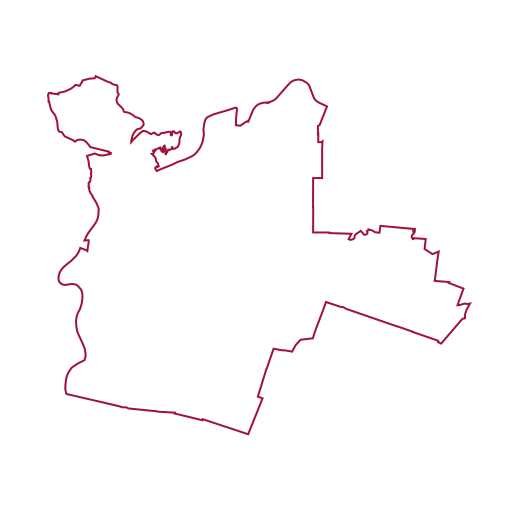 Stancuta, Braila, Romania, rotated 183°
{"feature_id": "2599482B41841434061539", "entity_name": "Stancuta", "entity_type": "district", "adm_level": 2, "iso_a3": "ROU", "parent_name": "Romania", "parent_adm1": "Braila", "projection": "natural_earth1", "projection_center": [27.868, 44.908], "detail": "fine", "context": "isolated", "style": "outline", "palette": "rose", "viewbox_px": 512, "rotation_deg": 183, "n_neighbors": 0, "source": "geoboundaries", "source_scale": "gbopen_adm2", "svg_char_len": 6107}
<svg xmlns="http://www.w3.org/2000/svg" viewBox="0 0 512 512"><g transform="rotate(183 256 256)"><path d="M425.5,427.2L426.1,425.5L426.7,425.0L431.4,424.4L438.3,422.3L438.5,421.9L438.4,421.6L441.0,416.7L445.2,417.5L446.8,415.6L449.3,413.6L455.1,410.4L461.8,408.5L461.8,407.1L469.3,407.7L469.2,408.0L471.0,408.0L471.6,407.7L472.2,405.2L471.8,404.4L471.4,402.3L471.2,399.1L470.6,399.1L468.9,393.0L467.6,390.3L463.8,385.8L461.5,379.6L460.8,374.2L460.0,371.1L459.0,370.0L456.3,369.4L453.3,365.5L444.7,362.0L442.8,360.7L441.1,362.2L440.1,362.6L438.1,363.0L434.8,362.9L433.3,362.2L431.1,360.6L428.4,357.7L427.2,356.1L408.4,352.5L408.4,351.7L406.3,351.2L406.4,350.3L413.9,348.4L415.3,348.3L416.9,348.6L417.9,348.4L422.3,349.9L430.0,347.1L428.1,341.6L427.5,337.5L426.7,334.9L426.2,334.4L425.4,334.3L424.8,330.5L425.1,330.1L425.2,329.8L424.8,327.9L424.8,325.8L425.5,325.5L425.6,325.2L425.3,322.7L425.8,321.1L426.6,320.9L426.9,320.4L426.9,320.1L426.7,320.2L426.9,316.9L426.5,316.5L426.1,315.5L426.5,315.3L426.2,314.8L425.9,312.9L424.7,310.4L422.4,307.5L422.4,306.8L418.3,300.9L416.1,296.4L415.5,294.6L415.5,293.2L415.6,288.5L416.1,285.3L416.5,283.8L418.1,280.3L424.7,270.2L426.4,266.9L428.1,262.5L424.0,263.0L423.8,261.6L424.7,252.1L426.4,253.1L431.9,254.9L432.3,253.5L433.6,250.1L435.6,246.7L440.1,241.7L444.6,237.7L448.0,234.4L449.9,231.8L451.4,228.7L452.1,225.0L451.9,222.0L451.4,220.4L450.5,219.2L449.0,218.0L447.4,217.4L445.4,217.1L441.7,217.7L438.9,218.5L436.3,218.3L433.9,217.9L431.9,216.4L429.0,213.4L427.9,211.0L427.4,208.8L427.1,205.0L427.5,199.7L428.8,194.4L429.2,193.3L430.6,190.5L431.4,188.3L432.0,185.6L432.3,181.2L432.1,179.5L431.6,175.7L430.7,171.8L429.4,168.8L424.6,159.7L422.3,154.8L421.2,150.2L421.0,148.6L421.0,146.5L421.7,143.2L422.0,142.9L428.8,139.0L433.5,135.4L434.6,134.3L437.0,130.2L438.1,127.8L438.6,125.7L439.1,123.8L439.4,120.2L439.6,116.3L439.4,112.6L438.1,108.3L383.7,98.6L382.1,97.9L377.5,98.1L375.7,97.1L346.6,95.7L345.8,95.4L328.7,95.3L328.9,94.4L300.9,89.2L300.6,90.2L254.5,77.6L242.0,114.2L246.8,115.6L239.7,143.7L239.4,144.1L233.6,164.3L223.8,163.1L223.2,163.4L214.9,162.4L211.8,169.0L207.1,174.7L194.8,176.8L194.1,180.3L192.6,185.5L186.6,204.1L183.7,213.7L168.0,209.4L167.2,209.6L166.2,209.5L163.1,207.9L111.2,193.0L110.0,192.8L105.1,191.4L95.6,188.6L95.7,188.4L69.9,181.0L69.6,180.8L69.3,180.2L69.6,179.5L66.5,178.2L46.8,203.8L46.2,204.3L44.9,204.4L44.1,204.7L44.1,209.1L43.0,213.1L39.8,219.7L42.2,219.1L45.2,219.4L50.3,217.6L52.2,217.4L47.1,234.3L62.2,239.2L61.8,240.1L76.2,240.5L74.7,261.0L73.8,270.0L79.8,267.1L88.0,271.8L87.4,281.8L92.2,282.0L99.6,282.0L99.7,281.1L100.4,281.1L100.7,281.8L101.4,282.8L101.4,284.6L100.5,285.9L99.6,286.7L99.5,287.2L100.2,288.3L100.3,289.1L99.8,289.0L99.2,288.3L98.8,288.4L98.7,291.2L133.3,292.6L133.9,285.7L134.1,285.6L138.3,286.0L139.1,286.3L140.7,287.4L144.8,288.4L144.6,287.7L146.0,287.2L146.6,286.8L146.3,286.4L145.9,284.9L146.0,284.4L146.2,283.9L147.8,283.0L148.7,282.8L149.7,283.4L152.1,286.1L152.9,286.6L153.3,286.1L157.5,283.0L158.2,282.1L158.6,280.7L158.7,279.1L159.8,277.9L162.5,277.0L164.4,277.7L161.8,283.2L183.9,282.7L184.0,283.3L200.2,282.5L201.4,307.8L201.6,307.8L203.0,336.8L194.0,337.3L195.6,367.3L195.6,373.9L196.4,373.1L199.8,373.0L200.2,381.5L200.6,381.2L200.9,389.1L199.3,390.2L192.9,409.1L201.0,412.4L203.2,413.6L204.5,414.6L206.3,416.6L211.7,428.8L213.1,430.6L215.1,432.0L218.1,433.6L219.4,434.0L222.1,434.4L223.8,434.3L226.2,433.7L227.8,433.1L230.3,431.5L232.8,428.7L244.4,414.0L246.0,412.7L248.6,411.2L251.3,410.2L251.3,409.7L252.8,409.3L253.6,409.6L253.4,409.9L257.4,409.3L261.2,407.8L262.9,406.5L264.3,405.2L266.5,401.8L270.5,390.5L270.8,390.6L271.1,389.6L272.2,389.9L272.9,389.6L278.5,385.3L282.9,385.6L283.1,392.2L282.7,402.3L283.4,403.0L284.5,403.0L292.2,400.0L305.7,395.3L311.4,392.3L312.4,391.5L313.2,390.3L313.9,388.9L314.3,387.1L314.7,384.6L315.1,379.3L314.4,374.1L315.3,367.3L316.5,363.7L317.1,362.3L318.0,360.4L320.8,356.3L322.7,354.2L324.5,352.7L331.6,348.8L339.4,345.7L344.6,342.8L353.1,338.9L359.6,335.7L361.3,338.2L361.0,339.3L358.9,340.8L358.5,341.3L358.4,341.7L358.3,341.0L359.3,340.3L359.0,339.8L357.8,340.5L358.2,341.1L358.6,342.9L358.9,343.5L360.6,345.3L360.9,346.9L361.9,349.4L365.4,352.5L363.9,352.9L363.5,353.1L363.5,354.4L364.2,355.1L364.3,355.7L362.8,355.7L362.3,355.6L362.0,356.2L362.8,356.4L362.9,356.8L362.8,357.0L361.0,357.4L357.4,359.4L357.0,359.0L357.1,357.8L356.7,357.8L356.0,357.2L356.1,356.3L355.8,356.1L355.8,355.8L355.5,355.4L354.8,355.3L354.3,354.8L354.1,355.0L354.6,355.4L354.7,355.8L354.1,356.2L354.1,356.8L354.6,356.8L354.6,356.2L355.1,356.2L355.3,356.4L355.5,357.3L355.3,357.8L355.0,358.0L354.3,359.9L353.2,361.5L352.9,361.4L352.8,361.0L352.9,359.5L353.7,358.6L353.5,358.4L352.2,358.7L351.6,358.0L351.8,356.5L352.6,355.6L352.3,355.3L351.4,355.2L351.7,353.3L351.7,353.0L351.3,352.9L350.8,354.2L350.4,354.6L350.2,355.9L349.6,356.3L349.2,357.6L348.8,357.7L348.4,357.3L348.0,357.4L346.1,358.2L345.8,358.7L345.8,359.6L345.5,360.4L345.1,360.1L344.6,358.7L343.9,358.7L342.5,359.0L341.7,359.8L340.6,360.3L339.8,360.9L338.9,363.3L338.4,365.5L338.5,368.2L338.2,370.0L337.1,373.2L337.1,374.4L337.6,375.1L337.5,375.7L337.7,376.0L338.4,376.4L341.0,374.6L342.2,374.3L343.4,374.8L343.9,375.7L344.6,376.2L345.4,376.3L345.6,376.2L346.1,374.4L346.2,372.5L346.8,372.0L347.4,372.3L347.7,375.3L347.9,375.5L348.9,375.6L353.0,374.7L353.8,374.1L356.3,373.9L357.3,373.6L358.6,372.1L359.7,371.6L360.6,371.8L362.8,372.8L363.4,373.6L363.9,373.9L364.9,373.6L367.2,372.2L372.5,374.8L374.5,375.0L375.6,374.9L378.8,372.2L382.2,368.3L385.1,365.3L386.6,363.1L386.7,363.7L385.6,369.7L384.3,372.7L382.2,375.5L381.7,376.0L380.8,376.5L378.2,377.3L377.4,377.9L375.4,380.7L375.1,381.6L375.2,382.7L376.1,384.8L377.3,386.0L379.1,387.1L381.2,387.9L383.5,388.3L387.0,390.7L389.6,392.0L391.3,392.5L395.1,393.0L395.6,393.5L396.4,395.5L397.3,396.7L402.1,400.9L402.9,402.1L403.5,405.1L403.2,406.4L401.5,410.2L401.7,410.8L402.7,411.9L403.0,412.9L403.1,417.7L403.4,418.9L404.0,419.3L405.2,419.6L406.4,419.5L406.9,419.7L409.7,420.9L410.1,421.5L412.6,422.0L425.5,427.2Z" fill="none" stroke="#9f1239" stroke-width="2"/></g></svg>